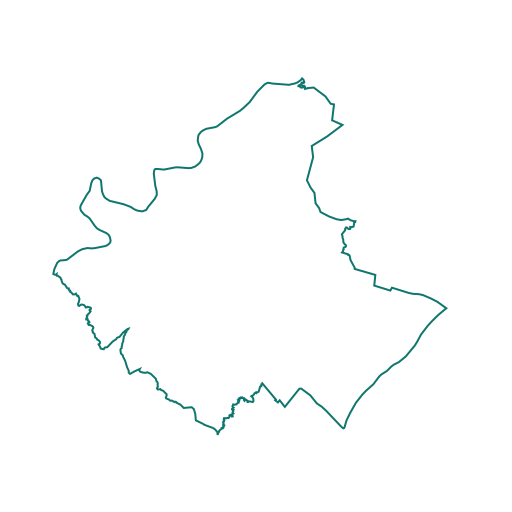 Santo Tomé, Corrientes, Argentina, rotated 190°
{"feature_id": "61730980B79787842894443", "entity_name": "Santo Tomé", "entity_type": "district", "adm_level": 2, "iso_a3": "ARG", "parent_name": "Argentina", "parent_adm1": "Corrientes", "projection": "mercator", "projection_center": [-56.034, -28.286], "detail": "fine", "context": "isolated", "style": "outline", "palette": "teal", "viewbox_px": 512, "rotation_deg": 190, "n_neighbors": 0, "source": "geoboundaries", "source_scale": "gbopen_adm2", "svg_char_len": 6095}
<svg xmlns="http://www.w3.org/2000/svg" viewBox="0 0 512 512"><g transform="rotate(190 256 256)"><path d="M390.0,137.0L389.1,139.5L386.6,140.4L382.2,147.0L379.3,149.7L378.6,151.4L376.4,152.6L373.5,157.7L369.8,161.8L368.9,162.3L369.0,161.9L370.4,160.3L370.5,158.5L371.4,157.5L371.3,156.0L372.2,153.8L372.0,151.9L372.2,150.5L371.9,149.4L372.5,146.4L372.3,144.6L372.6,143.7L372.3,141.9L373.1,141.0L373.2,139.8L372.1,136.5L370.0,135.1L369.6,134.0L366.7,130.1L363.6,124.0L361.4,120.9L361.1,119.1L360.6,118.7L359.6,118.0L355.6,121.3L350.9,124.5L351.3,123.4L350.1,122.0L347.7,121.6L344.8,121.7L342.7,122.6L339.0,121.6L333.3,117.7L332.3,115.4L331.1,114.6L330.5,113.0L330.6,112.1L329.9,110.3L330.6,108.8L330.2,108.0L329.3,107.5L327.0,108.3L326.2,107.5L324.1,107.2L320.0,104.3L319.8,102.9L320.2,100.9L319.8,100.2L316.7,99.5L315.4,98.6L313.7,99.0L311.1,98.0L310.5,98.5L309.5,98.4L309.0,98.2L308.9,97.7L304.6,96.5L300.8,93.8L293.1,95.9L290.6,94.4L288.4,90.0L286.7,83.7L278.7,81.4L277.6,80.8L268.6,79.2L266.3,78.2L263.5,75.9L262.7,73.1L262.4,76.0L261.8,76.5L262.0,77.0L261.3,78.4L260.0,79.6L260.0,80.6L258.7,80.6L258.2,81.5L258.8,82.6L257.9,83.2L257.8,83.8L259.0,84.2L259.2,84.8L258.8,85.7L259.6,86.8L258.8,87.6L259.1,88.5L258.7,89.0L259.4,89.7L259.4,90.7L256.7,91.2L256.2,91.6L254.9,91.6L254.3,92.6L254.5,94.4L253.9,95.1L253.4,95.1L251.9,93.7L251.1,94.0L251.3,94.5L251.8,94.5L252.2,95.9L250.9,96.9L251.9,97.6L251.5,98.9L251.9,99.3L251.4,100.4L252.2,100.5L252.2,101.0L253.0,101.0L253.0,101.5L251.7,102.8L253.1,103.8L252.7,105.9L251.3,105.7L250.9,106.1L249.4,106.5L249.3,107.1L248.2,108.4L248.2,109.0L247.6,108.8L247.5,109.5L247.7,110.1L248.0,109.7L248.4,110.0L248.3,110.5L247.9,110.7L248.3,111.0L247.4,111.3L247.3,111.8L248.2,112.4L247.7,113.2L246.8,113.8L246.5,113.4L245.6,113.5L245.3,114.4L244.9,114.4L244.4,113.8L242.8,113.9L241.6,112.8L242.1,112.5L243.0,112.6L242.9,112.0L242.2,111.4L242.0,111.9L240.8,112.7L238.9,111.8L239.2,110.9L238.9,110.7L238.4,110.8L238.2,111.5L237.1,111.7L233.9,111.6L233.3,112.6L233.9,115.0L235.1,116.4L236.3,117.0L236.1,117.5L235.1,117.8L234.1,119.1L233.7,120.4L232.4,121.7L231.9,121.1L231.4,121.9L230.6,122.1L229.8,122.9L229.2,128.1L228.5,129.1L228.2,129.0L228.4,130.4L228.0,130.5L227.7,131.7L211.5,118.1L212.1,117.3L209.0,115.6L207.6,118.0L201.4,112.4L190.2,132.9L188.3,133.2L178.3,128.2L170.5,121.4L165.1,119.0L160.2,115.9L142.1,102.5L140.1,101.4L139.4,101.8L139.1,102.5L138.3,109.9L135.8,118.5L132.1,128.8L127.3,137.8L124.4,142.2L118.2,150.0L113.7,158.8L111.9,161.2L107.1,165.5L103.5,170.7L101.3,173.0L97.0,176.2L91.1,183.0L84.1,195.3L82.2,200.0L79.9,207.2L74.8,217.0L70.9,223.1L66.0,229.9L59.5,237.6L69.5,242.4L76.6,244.6L84.7,246.5L88.7,246.7L95.0,246.0L99.6,246.2L116.6,248.4L117.7,245.3L134.4,247.4L135.2,258.1L156.6,260.4L156.7,261.5L162.2,268.4L163.9,272.7L164.6,273.2L165.5,273.1L165.7,273.7L171.9,274.4L171.0,276.2L171.3,276.9L170.8,277.7L171.2,278.8L171.1,279.5L169.4,280.5L169.1,281.8L169.6,282.5L170.4,282.8L172.4,284.7L172.8,286.9L174.1,289.4L174.2,290.6L175.1,291.9L175.1,292.5L172.7,296.8L172.6,297.3L173.0,298.0L172.3,299.7L171.4,299.9L170.3,299.0L169.3,298.6L168.2,298.8L167.9,299.2L168.1,300.2L167.6,300.6L167.9,301.0L166.5,301.1L165.0,302.0L165.1,306.5L164.2,306.7L164.2,307.6L165.0,307.4L165.2,307.0L165.8,307.0L166.5,307.4L169.0,307.6L171.9,308.8L173.0,308.1L178.4,306.2L183.1,306.2L190.8,307.6L200.1,310.5L202.2,314.2L206.5,318.3L209.4,328.3L214.1,332.8L219.0,339.4L216.9,363.2L220.2,374.0L206.6,386.2L193.6,400.1L204.6,402.8L205.5,418.8L208.9,418.9L215.3,425.2L228.4,431.9L234.4,430.3L235.0,429.7L235.8,429.7L236.1,429.4L236.6,429.7L236.9,429.3L237.2,429.8L237.0,430.3L237.6,430.8L237.4,431.3L238.1,431.3L238.4,432.0L239.1,431.7L238.8,431.2L239.3,430.8L239.1,430.5L239.8,429.8L241.5,429.8L242.2,430.9L243.7,430.6L243.8,431.1L242.9,431.9L242.0,432.1L241.5,432.7L240.8,432.4L240.8,432.9L241.4,434.0L241.1,434.6L240.6,434.9L239.2,434.6L238.6,435.5L239.9,437.9L241.5,438.9L242.3,437.2L245.2,434.2L247.6,432.7L253.3,430.3L269.5,428.7L274.3,428.7L276.3,427.4L277.7,426.0L283.3,417.9L289.0,406.4L293.9,399.8L297.2,396.0L308.2,386.4L316.8,376.9L318.6,375.8L326.9,372.7L329.6,370.8L331.7,368.7L333.5,365.5L333.7,363.0L333.4,359.3L331.7,355.9L328.8,351.9L326.5,347.5L326.1,344.2L326.3,341.8L327.3,338.5L329.3,335.8L331.4,333.6L335.0,331.5L337.7,330.8L348.2,329.8L351.0,329.2L361.7,325.1L368.3,324.6L370.2,324.2L370.8,323.6L371.1,322.2L371.0,319.5L367.5,308.0L365.0,302.3L364.3,298.9L365.6,294.8L370.8,285.6L372.1,282.3L375.7,280.2L380.5,280.1L383.8,280.8L388.0,282.6L395.4,284.0L409.7,284.9L414.0,286.7L415.5,287.7L417.6,290.5L419.0,293.3L421.7,303.2L422.2,303.9L424.2,305.0L426.4,305.5L428.8,304.2L430.2,302.3L430.9,298.9L431.1,291.3L433.2,287.1L437.4,275.3L437.5,273.2L437.0,271.5L436.0,270.0L432.1,266.8L429.0,265.6L426.5,264.2L419.9,257.6L417.4,255.6L414.7,254.5L407.4,252.6L405.0,251.4L403.5,249.7L402.5,247.6L401.9,245.9L401.9,244.3L402.6,242.8L404.2,240.9L406.2,239.6L416.6,235.6L419.4,234.9L423.3,234.6L428.2,232.6L432.2,229.6L441.3,219.7L442.6,219.0L447.9,217.6L448.8,217.0L450.5,214.9L451.1,212.8L452.3,208.1L452.5,203.1L450.6,202.6L449.7,203.0L449.2,203.6L449.1,202.6L448.7,202.0L447.8,202.1L444.8,200.7L444.3,199.7L443.5,199.0L442.9,197.3L441.6,195.4L439.7,194.6L439.3,194.7L436.4,191.6L434.7,191.5L434.5,190.2L433.7,189.5L433.0,189.6L432.7,188.4L431.8,188.2L429.6,186.4L427.8,186.7L426.8,187.7L424.9,185.5L424.1,185.8L422.4,183.1L422.5,179.8L423.0,178.0L422.4,176.4L421.5,176.1L419.7,177.8L418.1,178.0L416.4,177.6L414.6,175.7L413.4,176.3L413.2,176.7L410.2,176.5L409.5,176.0L409.4,175.2L410.5,174.2L410.5,173.6L409.3,172.8L410.3,170.7L411.6,169.1L411.9,168.4L411.7,168.1L412.2,167.9L412.0,166.5L411.7,166.2L412.3,164.9L412.2,164.1L410.7,164.4L410.4,163.3L409.4,162.4L408.9,162.5L408.6,161.9L409.1,161.5L409.1,161.0L409.9,160.5L409.2,159.4L408.6,159.0L407.6,159.3L405.5,158.7L404.1,157.9L403.7,157.0L404.4,154.3L403.5,153.1L403.5,152.4L401.5,151.2L400.2,147.8L398.5,147.1L398.0,146.2L396.3,145.6L395.0,144.6L394.6,143.8L394.6,142.6L395.7,141.7L393.6,139.3L392.9,137.9L389.9,137.6L390.0,137.0Z" fill="none" stroke="#0f766e" stroke-width="2"/></g></svg>